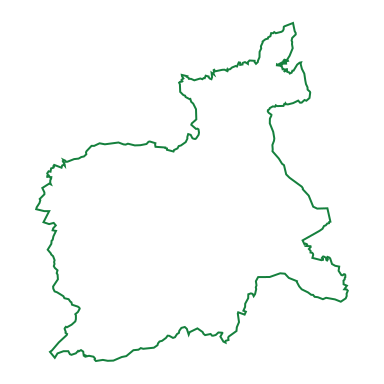 the district of Varfuri, Dâmbovita, Romania
{"feature_id": "2599482B31531566828838", "entity_name": "Varfuri", "entity_type": "district", "adm_level": 2, "iso_a3": "ROU", "parent_name": "Romania", "parent_adm1": "Dâmbovita", "projection": "albers", "projection_center": [25.505, 45.099], "detail": "fine", "context": "isolated", "style": "outline", "palette": "green", "viewbox_px": 384, "rotation_deg": 0, "n_neighbors": 0, "source": "geoboundaries", "source_scale": "gbopen_adm2", "svg_char_len": 5856}
<svg xmlns="http://www.w3.org/2000/svg" viewBox="0 0 384 384"><path d="M327.4,208.3L317.2,208.6L313.2,206.7L308.7,195.6L302.8,189.3L302.9,188.4L301.8,186.7L289.5,177.7L286.2,174.4L284.0,165.2L282.0,163.7L278.8,158.5L272.5,151.3L272.7,149.4L272.4,145.0L274.0,140.8L274.3,138.4L273.2,131.8L269.8,123.4L269.9,118.6L271.3,115.8L271.4,114.7L268.7,112.8L267.8,111.5L267.9,110.2L269.3,109.3L269.8,108.1L272.8,106.4L275.0,106.7L275.8,105.3L276.9,106.1L283.5,105.9L284.3,104.0L285.2,104.2L285.5,103.3L286.2,104.2L287.9,104.4L293.1,103.1L298.2,100.6L300.1,102.7L301.7,102.6L304.5,100.0L306.4,100.7L309.5,98.0L310.2,92.6L309.9,91.7L307.6,89.6L307.5,87.3L306.0,84.1L305.3,80.5L304.3,73.6L301.9,68.9L300.6,63.8L301.1,62.4L299.6,62.7L297.2,64.6L293.5,70.7L292.4,70.7L291.6,72.7L289.8,73.5L289.3,72.5L287.2,71.8L286.9,69.2L285.9,69.4L285.9,70.8L284.6,71.4L284.3,71.1L285.1,69.8L283.4,68.9L282.6,69.2L282.0,66.9L280.3,65.7L276.9,65.3L277.0,64.4L278.6,65.3L282.1,64.7L282.6,63.6L286.1,63.6L285.9,61.8L286.2,60.9L285.7,60.9L284.2,61.5L284.2,62.6L282.9,63.5L281.9,63.0L281.4,64.3L279.9,63.6L283.4,61.7L283.5,60.7L284.4,59.7L286.8,60.4L286.7,61.2L288.0,60.9L287.3,59.4L289.6,55.8L292.7,48.2L292.0,44.2L292.2,42.0L291.6,40.6L292.2,37.9L295.7,34.5L295.7,33.0L294.7,31.2L293.0,23.0L284.3,26.4L283.8,26.9L283.6,29.4L282.8,30.9L281.5,31.8L275.8,33.2L274.2,32.1L273.2,33.2L271.2,33.1L270.4,36.2L268.1,37.4L267.9,38.6L265.4,39.3L262.6,41.5L262.7,42.4L260.9,46.3L261.2,48.5L259.6,51.8L259.5,57.2L258.0,60.7L257.8,62.1L256.0,63.8L254.6,62.0L254.6,60.8L249.5,60.5L247.1,63.0L247.9,63.3L247.9,63.9L245.0,62.1L243.0,62.8L242.5,63.3L242.5,64.5L240.2,64.9L240.0,62.6L238.8,62.4L237.0,66.5L235.7,66.0L232.0,67.5L230.1,69.2L228.2,69.5L227.8,70.4L227.3,69.4L226.7,70.8L224.6,69.7L222.3,69.8L215.2,71.3L214.2,69.8L213.7,70.1L214.0,72.0L213.3,73.1L213.9,74.5L211.6,72.8L212.1,77.2L211.4,79.2L209.9,78.6L208.6,77.2L208.6,76.5L205.7,75.7L204.7,78.2L203.6,78.1L202.4,79.2L200.3,78.5L194.3,80.3L191.1,78.9L188.9,78.8L188.7,78.0L186.8,76.8L187.2,76.2L181.8,74.9L182.0,76.2L183.4,78.5L181.6,79.7L181.6,80.9L182.3,81.3L182.0,81.6L180.0,81.9L179.1,82.7L179.9,84.3L180.2,91.9L183.3,95.0L185.1,95.7L185.6,97.0L189.5,99.1L190.3,98.9L191.2,101.8L193.2,103.6L196.0,109.2L196.3,119.4L191.8,123.4L191.3,124.8L196.0,128.9L197.5,128.7L198.5,129.4L199.0,132.6L198.6,134.8L196.1,138.5L195.1,139.0L193.2,138.6L192.3,138.0L190.7,134.9L188.2,134.1L187.3,137.1L187.4,138.6L185.7,142.1L180.9,145.5L178.7,146.1L177.5,148.4L174.1,150.0L173.5,151.5L167.0,149.8L167.0,148.5L165.3,148.1L165.3,147.5L155.5,146.8L155.1,144.7L155.4,143.2L149.8,141.5L148.5,141.8L146.5,144.0L140.3,145.2L134.8,145.4L127.9,143.7L125.7,144.6L123.6,144.4L118.5,142.5L104.9,144.3L99.6,143.3L94.1,145.9L91.5,145.9L86.5,151.2L86.0,152.3L86.3,154.3L83.9,156.5L81.4,157.0L78.6,158.6L74.1,159.1L67.5,161.7L65.6,161.8L65.3,160.7L63.4,159.8L63.7,160.3L62.8,161.1L64.6,164.3L64.8,165.8L63.9,164.7L62.2,165.5L61.5,167.7L54.2,164.9L53.4,166.1L54.0,166.7L53.5,167.7L51.1,168.4L50.5,171.7L48.6,171.3L47.2,173.4L48.0,175.0L47.2,176.1L47.3,176.9L48.7,176.7L49.1,176.0L50.6,178.1L50.9,177.1L51.3,177.1L51.1,178.7L50.3,180.2L50.2,182.8L50.9,184.4L49.2,183.6L42.3,188.0L44.4,192.4L44.4,194.3L39.7,199.0L40.3,200.1L39.5,203.0L36.7,207.3L36.2,209.2L44.2,211.1L49.2,211.1L43.5,222.2L49.1,224.1L53.7,222.9L55.8,225.4L53.2,228.3L52.6,230.3L56.0,230.9L53.4,236.4L52.7,239.7L51.6,240.8L51.3,243.9L47.7,249.7L50.8,253.4L51.2,254.5L53.1,256.2L54.6,260.2L54.1,262.0L54.5,264.0L53.8,266.1L54.8,267.9L57.5,270.3L56.7,273.1L57.6,274.7L57.9,279.3L53.1,286.5L53.3,288.7L54.6,291.4L57.1,292.3L63.4,296.2L64.4,298.2L68.6,299.2L70.4,301.7L71.4,302.3L72.0,304.7L77.8,306.6L79.3,307.7L79.7,308.7L77.9,312.0L75.3,314.2L75.9,315.3L75.9,319.1L75.3,321.4L71.6,324.7L66.9,327.3L65.9,326.8L64.9,328.0L64.6,328.8L65.7,331.7L65.5,332.8L67.1,334.0L66.7,335.1L58.8,342.4L51.9,350.5L50.0,351.9L54.8,357.8L57.5,353.4L63.5,351.2L68.3,351.2L69.9,354.2L71.5,354.8L75.9,353.3L78.1,350.9L78.7,351.4L81.0,350.1L83.2,351.6L83.6,354.6L85.4,355.4L84.3,356.0L85.3,356.7L89.0,355.8L93.5,356.7L95.0,358.5L94.6,359.6L95.9,361.0L102.9,359.9L107.7,360.8L113.4,360.6L121.8,357.0L126.3,356.1L133.4,350.2L138.5,349.7L140.8,348.1L143.2,348.8L153.9,347.7L157.5,345.2L158.0,343.4L159.5,341.5L162.1,340.8L166.0,337.9L167.6,335.7L169.2,335.8L173.0,337.9L175.0,337.2L177.0,334.1L178.9,332.9L179.3,330.8L181.4,327.9L184.8,327.0L186.8,328.8L188.7,334.6L189.6,332.2L197.4,328.4L202.6,332.0L203.5,333.8L205.1,335.1L210.6,334.0L212.1,335.7L213.1,335.7L215.7,335.0L218.4,332.5L222.1,332.7L222.4,333.0L220.4,336.6L223.4,341.6L225.5,342.6L225.3,341.5L225.7,340.8L228.5,340.0L228.2,337.7L228.7,336.6L236.5,331.0L236.8,327.3L239.0,322.1L237.8,313.5L238.2,312.3L244.6,314.6L245.2,313.3L245.9,311.7L243.4,310.7L245.1,306.9L245.2,303.7L248.2,298.2L248.3,294.3L250.9,293.4L252.6,293.9L253.7,296.2L255.1,294.0L256.2,289.1L255.8,287.3L256.5,285.4L255.9,281.2L258.1,277.1L269.7,277.0L280.2,273.3L284.9,273.7L288.8,277.9L297.0,281.2L296.8,281.9L299.2,286.4L301.7,289.3L308.0,292.4L311.2,294.8L313.1,294.9L314.6,296.8L317.8,297.2L322.9,299.2L326.1,297.8L335.0,299.4L340.8,301.7L345.7,298.4L346.7,296.0L346.6,293.7L347.8,290.7L346.7,289.5L344.3,289.3L346.9,285.7L343.6,284.3L343.5,280.6L344.6,279.5L344.8,277.8L345.3,277.3L345.3,275.0L344.8,274.3L343.9,274.2L342.7,275.3L341.4,275.1L338.6,270.8L339.2,266.6L335.2,265.8L332.0,264.0L330.2,258.5L329.4,257.6L327.5,256.9L327.2,257.6L327.8,259.5L327.1,260.5L326.3,259.9L326.0,257.8L323.7,256.5L322.9,256.6L321.9,258.0L323.0,258.8L323.0,259.8L321.5,260.2L312.4,257.9L313.2,254.9L313.0,253.8L312.2,252.8L310.5,252.5L310.6,250.9L308.9,249.0L310.7,247.0L310.5,246.2L306.2,246.0L307.2,244.9L306.8,244.1L305.4,243.6L304.5,244.4L302.6,240.4L319.6,230.8L322.5,228.8L324.0,226.0L325.8,225.3L327.3,223.5L329.0,223.2L329.2,222.0L330.4,221.7L327.4,208.3Z" fill="none" stroke="#15803d" stroke-width="2"/></svg>